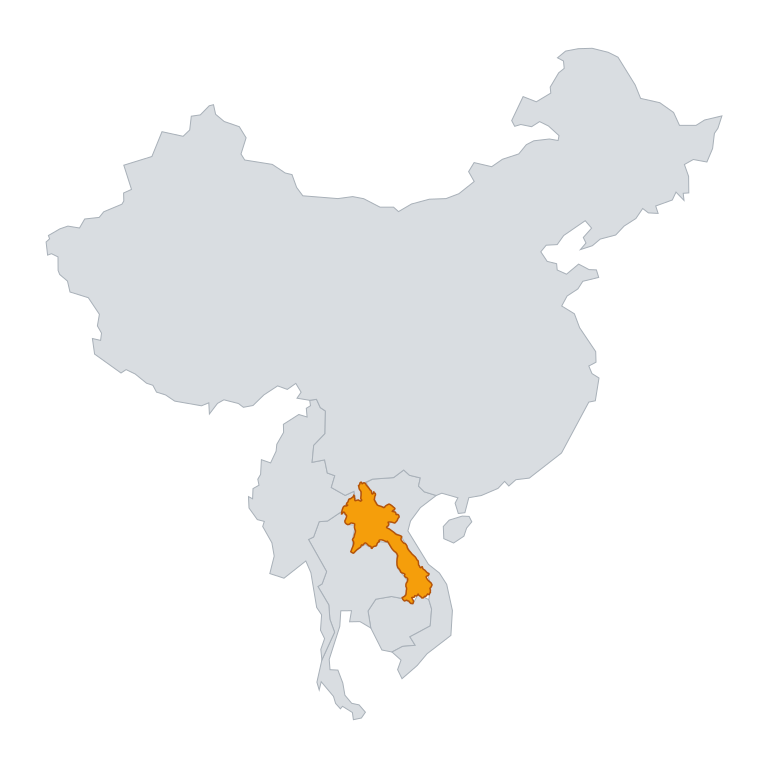 Laos and the surrounding countries
{"feature_id": "LAO", "entity_name": "Laos", "entity_type": "country or territory", "adm_level": 0, "iso_a3": "LAO", "parent_name": "Asia", "parent_adm1": "", "projection": "natural_earth1", "projection_center": [103.796, 18.208], "detail": "fine", "context": "with_neighbors", "style": "filled", "palette": "amber", "viewbox_px": 768, "rotation_deg": 0, "n_neighbors": 5, "source": "natural_earth", "source_scale": "50m", "svg_char_len": 9709}
<svg xmlns="http://www.w3.org/2000/svg" viewBox="0 0 768 768"><path d="M370.8,628.0L368.0,611.0L375.8,599.2L391.4,596.5L402.7,598.6L412.7,604.1L418.1,594.4L428.8,599.6L431.6,609.0L430.2,625.9L409.9,636.8L415.2,645.3L402.5,646.4L392.0,652.0L381.9,650.0L370.8,628.0Z" fill="#d9dde1" stroke="#a8b0b8" stroke-width="1"/><path d="M402.7,598.6L391.4,596.5L375.8,599.2L368.0,611.0L370.8,628.0L360.0,621.6L349.6,621.8L351.5,610.7L340.8,610.8L339.8,626.3L329.2,659.4L330.0,669.7L337.9,670.1L342.8,683.0L344.9,695.2L351.7,703.3L359.1,704.9L365.4,712.2L361.4,718.0L353.4,719.7L352.4,712.5L342.5,706.3L340.4,708.8L335.6,703.4L333.5,696.4L321.2,681.7L319.2,690.0L316.9,682.2L321.9,659.9L334.6,632.2L329.9,619.3L328.8,604.9L317.9,586.5L322.1,583.9L326.6,571.6L308.5,539.5L313.6,537.0L319.2,521.7L327.6,521.0L341.5,511.6L346.7,516.0L347.3,524.5L355.4,525.1L352.4,540.1L352.6,552.7L365.3,544.3L368.9,546.8L375.9,546.4L378.4,541.5L387.4,542.4L396.6,553.9L397.3,567.9L407.1,580.2L406.6,592.2L402.7,598.6Z" fill="#d9dde1" stroke="#a8b0b8" stroke-width="1"/><path d="M341.5,511.6L327.6,521.0L319.2,521.7L313.6,537.0L308.5,539.5L326.6,571.6L322.1,583.9L317.9,586.5L328.8,604.9L329.9,619.3L334.6,632.2L321.9,659.9L320.8,649.4L324.6,638.6L320.5,630.2L321.6,614.8L316.7,607.5L310.9,572.7L305.8,561.0L284.0,578.2L269.8,573.6L274.2,556.1L271.9,542.8L262.7,526.5L264.3,521.4L257.3,519.6L249.0,508.0L248.5,496.6L252.6,498.8L253.0,488.6L259.0,485.2L257.8,479.2L260.6,474.4L261.4,459.7L270.6,462.9L276.1,451.2L276.8,444.3L283.6,432.4L283.4,424.3L298.8,414.5L307.1,417.0L306.3,408.3L310.5,405.7L309.7,400.3L316.5,399.3L320.3,407.6L325.4,411.0L325.0,433.6L313.7,445.4L312.1,462.3L324.6,459.9L327.3,473.0L334.8,475.7L331.3,487.5L345.2,495.4L354.0,491.3L354.3,497.2L344.1,506.4L341.5,511.6Z" fill="#d9dde1" stroke="#a8b0b8" stroke-width="1"/><path d="M392.0,652.0L402.5,646.4L415.2,645.3L409.9,636.8L430.2,625.9L431.6,609.0L428.8,599.6L430.9,585.4L427.9,575.4L418.7,565.6L401.1,536.4L386.7,527.9L390.1,522.8L397.8,519.1L393.1,506.8L378.4,506.7L366.2,482.6L372.6,479.1L393.6,477.6L403.7,470.0L409.5,475.3L420.3,477.9L418.5,486.1L424.2,491.8L436.2,495.5L420.4,507.6L410.5,521.0L407.9,530.9L428.4,564.3L439.4,573.0L446.7,584.4L452.4,610.5L450.9,635.4L427.0,653.8L417.2,665.5L402.0,678.7L397.6,669.6L401.0,660.1L392.0,652.0Z" fill="#d9dde1" stroke="#a8b0b8" stroke-width="1"/><path d="M453.6,543.0L443.8,538.7L443.3,526.5L449.2,520.1L462.2,516.1L469.1,516.4L471.8,521.8L466.6,528.1L463.9,536.2L453.6,543.0ZM123.8,201.0L123.6,193.0L131.5,189.4L123.8,165.2L151.9,156.5L162.0,131.7L183.1,136.3L189.7,130.0L191.3,116.2L200.3,114.9L209.2,105.8L213.5,104.7L215.6,114.3L224.2,121.5L239.3,126.7L246.1,137.8L241.0,154.0L244.7,160.0L272.3,164.4L285.2,173.0L292.0,174.6L296.6,187.4L302.8,195.8L337.9,198.6L352.7,196.6L363.7,198.7L380.1,207.2L393.6,207.2L398.5,211.6L411.5,204.0L429.4,199.2L446.0,198.6L458.9,193.7L474.2,181.5L468.6,171.6L474.1,162.6L491.7,166.7L502.4,159.3L518.8,153.9L526.3,144.7L533.8,140.8L549.4,139.0L558.1,140.5L559.0,135.6L548.5,126.0L539.6,121.6L531.6,126.7L520.8,124.5L514.7,126.3L511.7,120.6L523.1,96.6L536.3,101.8L550.8,93.1L550.2,87.1L558.7,72.8L564.2,68.4L563.5,61.0L557.5,57.8L565.6,51.1L578.3,48.7L592.2,48.3L608.2,52.3L618.0,57.2L635.2,85.0L640.6,98.4L659.8,102.7L673.6,112.5L679.5,125.4L696.0,125.4L704.6,120.0L721.9,115.9L717.9,128.3L714.4,133.4L712.6,148.5L706.9,162.0L693.3,159.5L684.4,164.5L688.6,176.4L688.8,192.9L683.2,193.3L684.0,200.4L676.0,192.1L672.3,200.0L655.7,206.0L658.1,213.4L648.4,212.9L642.7,208.5L635.9,218.5L624.2,226.0L615.7,235.0L600.2,239.1L592.4,245.7L580.4,249.6L586.0,243.0L583.3,237.5L591.6,228.1L585.2,220.7L563.7,235.5L557.2,244.6L546.2,245.2L540.8,251.8L547.2,261.4L556.6,263.7L557.2,270.0L566.5,274.2L578.6,264.1L589.0,269.6L596.4,269.9L598.7,277.4L582.8,281.3L577.9,288.9L567.1,296.0L561.7,306.0L574.4,313.8L579.6,327.7L595.7,351.6L596.0,362.2L588.8,366.0L592.0,373.6L599.0,378.0L595.3,400.8L588.8,402.1L561.5,453.0L529.3,478.1L515.9,479.7L508.8,486.0L504.6,481.4L498.0,488.4L481.4,495.5L468.8,497.7L464.9,512.7L458.3,513.5L455.1,503.2L457.9,497.8L441.8,493.2L436.2,495.5L424.2,491.8L418.5,486.1L420.3,477.9L409.5,475.3L403.7,470.0L393.6,477.6L372.6,479.1L360.0,484.7L361.7,500.9L355.4,500.5L354.0,491.3L345.2,495.4L331.3,487.5L334.8,475.7L327.3,473.0L324.6,459.9L312.1,462.3L313.7,445.4L325.0,433.6L325.4,411.0L320.3,407.6L316.5,399.3L309.7,400.3L297.0,398.2L301.1,392.2L295.8,383.4L287.3,389.4L277.6,385.9L263.9,394.9L253.0,405.5L243.4,407.3L238.4,403.5L223.9,399.8L217.5,403.4L209.4,414.0L208.8,402.8L201.5,405.8L174.7,401.1L165.5,394.9L156.5,392.1L152.9,385.3L146.5,383.2L135.2,374.0L126.1,369.6L121.0,373.0L94.6,354.1L92.4,338.5L100.6,340.4L101.5,333.1L97.4,325.9L99.4,314.3L88.3,297.7L70.0,292.0L67.5,281.1L59.7,274.5L58.1,270.4L58.0,256.9L51.5,253.7L47.6,255.1L46.1,242.0L49.6,238.8L48.4,235.5L59.8,228.9L67.9,226.1L79.5,228.0L84.7,219.0L99.2,217.4L103.7,211.8L121.9,204.2L123.8,201.0Z" fill="#d9dde1" stroke="#a8b0b8" stroke-width="1"/><path d="M365.6,483.8L366.3,485.1L367.7,486.7L369.4,488.8L369.9,489.8L371.0,490.5L371.4,491.3L371.6,492.4L371.7,493.3L372.0,493.8L372.4,494.0L372.9,493.7L373.3,493.3L373.6,492.0L373.8,491.9L374.2,492.9L374.5,493.1L375.0,493.2L375.4,493.7L375.5,494.5L375.4,495.3L374.9,496.2L374.7,497.1L374.5,498.6L374.2,499.6L374.6,500.5L377.2,504.9L378.5,505.6L381.5,506.5L382.6,507.1L383.6,507.6L384.5,507.4L385.4,506.1L386.5,505.3L388.6,504.2L389.1,504.1L390.3,504.6L392.1,505.9L393.4,507.1L394.3,507.8L394.9,508.4L394.8,509.0L394.3,509.7L393.7,510.0L392.8,510.6L392.3,511.3L392.6,511.5L393.9,511.7L395.3,512.2L395.8,512.9L395.9,513.4L396.0,514.3L396.3,514.6L397.7,514.4L398.1,514.7L398.6,515.1L399.1,516.3L399.0,517.3L398.1,518.3L397.7,518.9L397.5,519.8L396.8,521.0L395.0,522.9L394.5,523.0L391.1,522.0L389.5,522.0L388.7,522.1L388.3,522.1L388.1,522.5L388.6,523.7L388.7,524.9L388.3,525.7L387.1,526.5L386.7,526.9L386.6,527.4L387.0,527.9L388.0,528.4L389.2,528.9L393.3,531.9L394.2,532.6L395.3,533.7L396.5,534.5L399.9,535.5L401.3,536.2L401.7,536.6L401.7,537.1L401.3,537.7L401.0,538.8L401.0,539.5L401.3,540.1L401.9,541.0L403.2,542.5L403.9,543.2L404.7,543.3L405.4,543.7L406.2,544.7L407.0,546.1L407.1,547.0L407.5,548.2L408.3,549.6L409.3,550.9L410.8,552.5L411.7,553.7L412.1,554.1L415.2,556.9L416.0,558.0L417.1,560.0L417.6,560.3L418.0,560.6L418.3,561.7L418.4,562.5L418.6,564.9L419.2,565.7L419.7,566.5L419.9,567.2L420.4,567.6L420.9,567.7L421.5,567.2L422.0,566.7L422.3,566.8L422.8,568.5L423.2,569.1L424.1,569.7L424.9,570.2L426.7,572.2L427.6,573.0L428.3,573.2L428.9,573.5L429.0,574.2L428.8,574.8L428.4,575.2L426.4,576.4L426.1,576.9L426.4,577.7L426.9,578.7L427.5,579.5L428.2,580.4L429.6,581.7L430.9,582.7L431.6,583.9L432.0,584.7L431.8,585.6L431.2,586.6L430.8,587.5L430.1,588.0L429.9,588.6L430.2,589.5L430.5,590.1L430.3,590.9L430.4,592.5L429.8,593.0L429.2,594.5L428.7,594.6L427.7,594.0L427.3,594.3L426.7,595.4L425.5,596.5L424.9,596.5L424.5,596.4L424.1,596.9L423.4,597.8L423.1,597.8L422.0,598.0L421.6,597.7L421.0,596.9L420.1,596.2L419.3,595.6L418.9,595.3L418.5,594.7L418.1,594.2L417.5,595.1L416.4,596.0L415.3,595.8L414.8,595.7L414.4,596.9L414.1,597.2L412.2,597.4L411.8,597.6L412.2,598.7L413.3,600.6L413.6,601.7L412.9,603.5L411.0,603.5L410.1,602.8L409.3,601.7L409.0,601.2L406.5,600.2L404.8,600.9L404.3,600.9L403.5,600.1L403.0,599.6L402.5,598.8L402.3,597.9L402.2,597.5L403.0,597.2L404.2,596.5L405.1,595.8L405.8,594.9L406.0,594.1L406.1,593.1L406.3,590.5L406.6,589.2L406.5,587.7L405.9,586.5L405.9,584.7L406.1,583.8L406.2,583.2L406.9,582.4L407.4,581.4L407.7,580.0L407.7,579.0L407.5,578.4L406.8,577.8L405.6,577.2L404.8,576.5L404.5,575.7L404.5,575.0L404.9,574.3L404.0,573.6L401.8,572.8L400.6,571.9L400.3,570.8L399.4,569.3L397.8,567.5L397.0,565.0L396.9,561.6L397.1,558.9L397.8,555.7L396.8,553.5L395.8,552.3L394.4,551.4L393.1,550.1L391.8,548.5L390.3,546.0L388.5,542.8L387.3,541.3L386.7,541.7L385.5,541.4L383.5,540.4L381.8,539.9L380.4,539.9L379.4,540.1L379.0,540.6L378.9,541.0L379.3,541.5L379.1,541.9L378.3,542.2L377.7,542.7L377.0,543.9L376.6,545.4L375.8,546.0L374.7,546.2L373.6,546.6L372.6,547.4L372.0,547.9L372.1,548.3L371.9,548.4L371.3,548.2L371.1,547.7L371.1,546.9L370.6,546.3L369.5,546.1L368.2,545.2L366.7,543.7L365.7,543.0L365.2,542.9L364.4,543.4L363.3,544.7L362.5,545.2L361.8,544.9L361.2,545.4L360.9,546.5L360.2,547.4L358.7,548.4L358.6,548.5L356.9,549.8L355.5,551.2L353.9,552.9L353.2,553.2L352.5,552.8L351.4,552.3L350.8,551.7L351.9,548.7L353.3,545.4L353.7,543.8L353.7,542.7L353.6,541.8L353.1,540.8L352.6,540.1L352.5,539.6L352.7,539.1L353.3,538.3L354.0,537.1L354.6,534.6L355.4,532.0L355.4,530.4L354.7,528.7L354.4,527.0L354.7,524.8L354.6,523.9L353.9,523.5L351.6,523.0L350.9,523.1L350.3,523.4L349.7,524.0L349.0,524.4L347.6,524.6L346.2,523.8L345.1,522.6L344.8,521.0L345.7,519.1L346.3,517.6L346.6,516.3L346.6,515.6L346.3,515.0L346.0,514.9L345.3,514.1L344.6,512.7L343.9,512.1L343.3,512.2L342.7,512.7L342.2,513.7L341.8,514.0L341.5,513.9L341.6,513.0L341.7,512.2L342.4,509.2L343.2,507.2L344.1,506.2L345.0,505.9L346.1,506.0L346.9,505.8L347.6,505.3L347.6,505.1L346.7,505.0L346.4,504.5L346.6,503.5L347.0,502.8L347.5,502.5L348.1,501.5L348.6,499.8L349.3,498.9L350.0,498.9L351.3,498.2L353.1,496.7L353.8,495.3L354.5,496.0L354.3,497.6L354.6,497.9L354.8,498.5L354.7,499.4L354.8,500.2L355.1,500.6L355.5,500.7L357.4,500.1L358.6,500.0L359.1,500.5L359.6,500.7L360.1,500.9L360.6,501.2L360.8,501.1L361.5,500.5L361.7,500.3L361.7,500.0L361.3,499.4L360.8,498.9L360.8,497.8L361.0,495.8L361.1,494.8L361.1,492.3L361.0,491.6L360.5,490.8L359.4,489.3L359.1,488.4L358.9,487.5L358.9,486.9L358.6,486.2L358.5,485.6L359.0,485.3L359.6,484.5L359.9,483.4L360.2,482.6L360.7,482.3L361.0,482.2L361.3,482.2L362.2,483.7L363.5,482.9L364.4,482.9L365.2,483.3L365.6,483.8Z" fill="#f59e0b" stroke="#b45309" stroke-width="1.5"/></svg>